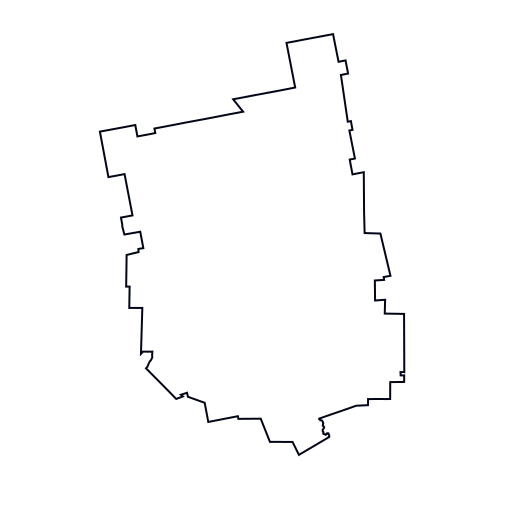 Figueroa, Santiago del Estero, Argentina (Mercator projection), rotated 349°
{"feature_id": "61730980B49742365360774", "entity_name": "Figueroa", "entity_type": "district", "adm_level": 2, "iso_a3": "ARG", "parent_name": "Argentina", "parent_adm1": "Santiago del Estero", "projection": "mercator", "projection_center": [-63.559, -27.316], "detail": "fine", "context": "isolated", "style": "outline", "palette": "ink", "viewbox_px": 512, "rotation_deg": 349, "n_neighbors": 0, "source": "geoboundaries", "source_scale": "gbopen_adm2", "svg_char_len": 2451}
<svg xmlns="http://www.w3.org/2000/svg" viewBox="0 0 512 512"><g transform="rotate(349 256 256)"><path d="M235.2,111.8L214.0,111.6L201.9,111.6L180.6,111.5L180.6,116.1L171.5,116.1L162.4,116.0L162.5,104.4L162.4,104.4L145.0,104.3L133.7,104.2L126.5,104.1L126.2,150.4L134.4,150.5L142.6,150.5L142.5,191.6L142.5,192.6L142.3,192.6L130.8,192.5L130.7,199.3L130.4,201.9L130.9,209.8L147.0,210.1L146.9,226.8L141.9,226.6L141.5,229.7L129.2,230.3L128.4,234.1L122.7,261.3L126.1,261.9L123.9,272.3L121.7,282.8L134.5,285.3L124.4,330.1L126.8,328.3L135.9,330.1L136.0,330.1L135.1,333.6L134.8,335.8L133.0,338.2L132.1,338.8L131.2,339.7L128.1,344.2L126.6,345.3L135.4,358.4L140.0,365.3L145.7,373.9L150.4,381.1L157.4,379.9L155.8,377.9L162.2,377.1L162.3,381.2L177.6,390.3L177.5,409.8L207.6,409.8L207.6,412.5L229.6,416.6L234.2,441.1L256.4,445.5L260.2,459.4L260.4,459.3L292.8,447.8L292.8,447.7L292.8,447.4L293.1,447.2L293.5,447.2L293.6,446.7L293.6,446.1L293.6,445.9L293.6,445.6L293.4,445.3L293.4,444.9L293.2,444.3L293.2,443.9L292.7,443.8L292.3,443.6L291.8,443.6L291.3,443.9L291.3,444.4L290.7,444.6L290.3,444.8L290.0,444.7L289.7,444.3L289.2,443.9L288.5,443.7L288.2,443.5L288.2,443.1L288.2,442.6L288.5,442.1L288.5,441.4L288.1,441.0L288.1,440.4L288.1,440.1L288.2,439.5L288.5,439.1L288.9,438.8L289.0,438.6L289.3,438.2L289.6,438.1L289.9,437.9L290.2,437.4L290.1,436.8L290.0,436.4L289.8,435.9L289.6,435.6L289.2,435.4L289.3,435.0L289.4,434.5L289.7,434.0L290.0,433.5L290.1,433.0L289.9,432.5L290.0,431.9L289.9,431.3L289.6,430.7L289.3,430.1L288.9,429.9L288.6,429.6L288.1,429.5L287.8,429.5L287.6,429.2L287.6,428.7L287.4,428.4L287.0,428.3L286.9,428.0L287.0,427.8L287.0,427.7L293.6,426.7L299.9,425.8L306.4,424.9L319.1,423.1L323.6,422.4L325.9,422.1L337.5,423.8L338.7,417.8L348.1,419.6L354.2,420.8L360.4,422.0L362.2,412.9L363.7,405.4L377.4,407.9L378.7,401.5L375.2,400.8L375.7,397.5L379.2,398.2L379.4,398.3L379.5,397.8L390.3,341.1L371.4,337.1L374.4,323.6L364.4,322.4L368.0,302.7L377.2,303.9L377.3,301.0L384.2,301.1L384.2,300.9L382.4,257.7L367.0,254.2L370.4,233.9L377.8,194.3L366.3,194.3L366.4,179.2L371.7,179.2L371.6,150.6L374.8,150.6L374.9,141.7L371.7,141.7L373.9,94.5L381.2,94.5L381.2,81.1L374.1,81.1L374.0,63.7L374.0,52.9L345.4,52.7L339.0,52.7L336.8,52.7L333.0,52.7L326.6,52.6L326.6,62.4L326.6,72.9L326.6,92.9L326.6,93.5L326.6,98.1L312.1,98.1L286.2,97.9L263.5,97.8L267.6,105.7L270.2,110.6L270.9,111.9L255.3,111.8L245.5,111.8L235.2,111.8Z" fill="none" stroke="#020617" stroke-width="2"/></g></svg>